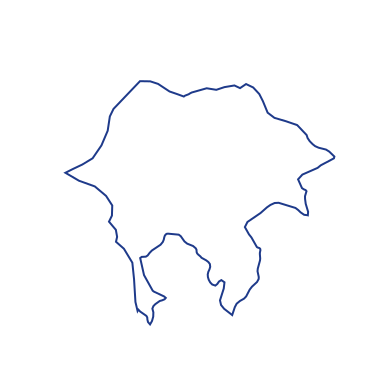 an SVG outline of Beyla, rotated 44°
{"feature_id": "GIN-5627", "entity_name": "Beyla", "entity_type": "Prefecture", "adm_level": 1, "iso_a3": "GIN", "parent_name": "Guinea", "parent_adm1": "", "projection": "orthographic", "projection_center": [-8.118, 8.717], "detail": "fine", "context": "isolated", "style": "outline", "palette": "blue", "viewbox_px": 384, "rotation_deg": 44, "n_neighbors": 0, "source": "natural_earth", "source_scale": "10m", "svg_char_len": 2218}
<svg xmlns="http://www.w3.org/2000/svg" viewBox="0 0 384 384"><g transform="rotate(44 192 192)"><path d="M234.9,71.4L237.7,72.9L241.5,73.7L245.5,73.8L248.7,73.5L252.3,72.2L258.9,68.4L262.6,67.6L269.8,67.6L270.7,69.2L266.1,83.3L265.6,87.4L259.3,102.8L259.5,109.2L268.4,112.8L270.6,112.4L272.4,111.7L273.8,111.9L276.2,116.5L278.1,118.4L282.0,121.5L289.3,125.6L291.5,128.3L291.3,128.4L288.5,130.5L284.3,131.2L280.9,131.2L277.5,131.6L261.8,139.6L259.2,142.4L259.1,142.5L257.4,146.8L256.6,150.9L255.9,159.6L252.7,175.0L254.4,180.5L262.4,182.9L266.3,183.4L276.8,186.5L277.6,186.4L279.5,185.5L280.5,185.5L281.6,186.3L283.0,188.5L283.9,189.5L287.2,192.4L288.4,193.9L292.6,201.5L294.2,203.5L299.1,206.8L300.4,208.3L301.3,211.6L300.9,218.4L301.3,222.1L303.5,229.5L303.5,232.6L302.2,237.0L301.7,241.3L302.8,245.1L306.4,252.6L296.2,253.7L291.4,253.1L287.4,250.5L281.9,239.4L278.1,234.4L274.3,235.0L273.6,237.7L274.1,240.6L273.8,243.1L270.8,244.5L267.9,244.4L265.0,243.5L262.5,242.1L260.6,240.4L259.2,238.1L258.3,235.5L257.1,233.2L254.9,231.4L252.4,231.0L249.7,231.3L244.5,232.7L242.9,232.5L239.8,232.7L238.4,232.6L237.2,232.1L235.3,230.4L233.8,229.9L230.3,230.1L224.4,232.5L220.9,232.8L214.6,231.6L212.1,231.9L203.6,238.7L202.7,239.9L202.7,242.1L203.6,244.0L204.8,245.9L205.7,248.2L206.0,251.8L203.8,261.9L203.8,265.2L204.2,268.5L203.7,270.6L200.9,273.6L200.6,275.5L215.2,285.1L232.3,290.3L233.9,290.1L244.5,286.5L246.7,286.4L246.8,288.2L245.8,290.6L244.5,292.8L243.5,298.2L243.5,300.9L244.5,303.4L247.8,305.4L250.7,308.6L252.8,312.5L253.3,314.3L253.8,316.4L250.7,316.1L248.6,314.8L246.9,313.3L245.2,312.8L237.8,314.0L235.1,313.9L235.5,315.4L227.7,310.4L210.9,295.0L198.2,284.3L182.4,280.1L171.9,280.6L169.3,276.3L163.5,272.1L152.9,271.0L150.8,264.6L144.0,257.1L132.9,254.5L118.2,255.5L102.9,262.4L87.6,266.1L90.2,258.6L94.0,248.5L97.1,236.8L94.5,221.4L88.8,206.5L80.4,194.7L77.8,186.7L77.6,148.4L85.1,141.4L92.5,137.8L106.0,135.3L113.5,131.8L119.8,129.0L119.9,128.0L120.3,127.0L121.7,124.0L122.1,122.3L122.7,120.6L130.5,107.2L138.5,101.6L142.5,94.0L148.5,85.9L154.4,83.9L155.9,76.8L163.4,74.3L172.4,74.8L179.9,77.4L191.3,82.4L199.8,81.4L210.3,75.9L221.2,70.8L234.9,71.4Z" fill="none" stroke="#1e3a8a" stroke-width="2"/></g></svg>